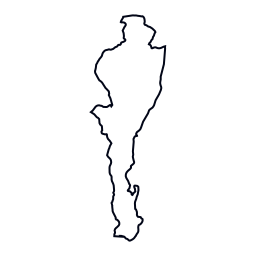 the Department of Cesar
{"feature_id": "COL-1414", "entity_name": "Cesar", "entity_type": "Department", "adm_level": 1, "iso_a3": "COL", "parent_name": "Colombia", "parent_adm1": "", "projection": "natural_earth1", "projection_center": [-73.578, 9.272], "detail": "fine", "context": "isolated", "style": "outline", "palette": "ink", "viewbox_px": 256, "rotation_deg": 0, "n_neighbors": 0, "source": "natural_earth", "source_scale": "10m", "svg_char_len": 4731}
<svg xmlns="http://www.w3.org/2000/svg" viewBox="0 0 256 256"><path d="M165.1,46.3L165.0,47.3L165.1,48.7L163.9,64.2L160.7,76.6L160.7,79.4L160.2,82.2L160.2,83.6L160.6,85.4L161.1,86.7L161.3,88.0L160.9,89.9L159.0,94.4L155.6,100.3L154.1,105.1L153.4,106.4L152.5,107.6L150.0,109.4L149.1,110.3L148.0,113.4L143.1,121.7L141.0,127.7L140.3,129.2L139.2,130.4L137.0,132.1L136.2,133.5L136.2,135.1L137.0,135.6L137.9,135.6L135.2,136.3L134.7,136.6L133.5,139.0L133.7,141.7L132.9,151.4L133.2,154.3L133.2,154.8L132.8,156.8L133.6,160.3L134.1,161.9L134.1,162.7L133.8,163.4L132.9,164.3L131.4,165.5L131.0,165.9L130.9,166.4L131.0,167.0L131.0,167.5L130.9,168.0L130.3,168.8L128.0,170.8L127.2,171.7L126.7,172.3L126.3,173.1L126.0,173.9L125.8,174.9L125.8,175.7L125.8,176.4L126.4,178.1L128.1,180.9L129.3,184.1L129.7,184.4L130.1,185.3L129.4,188.3L127.9,190.2L127.8,190.7L128.0,191.0L128.3,191.1L129.4,191.2L129.8,191.3L130.2,191.6L130.5,192.0L131.5,192.7L131.6,194.3L131.9,194.7L132.3,195.0L132.6,194.8L133.2,193.7L133.5,193.2L135.3,191.5L134.9,188.8L134.9,188.5L134.4,187.7L134.2,186.5L134.2,186.2L134.5,185.7L135.0,185.6L135.9,185.7L137.2,185.9L137.9,186.4L138.3,186.9L138.5,190.0L137.7,194.4L136.7,196.9L136.2,199.0L135.6,200.4L135.1,201.8L134.9,203.3L135.2,208.9L136.0,209.5L136.9,211.9L136.9,212.4L137.0,213.0L136.9,214.8L137.2,215.8L138.0,216.8L140.6,217.1L141.4,218.4L142.0,218.7L142.2,218.8L142.4,218.9L142.6,219.3L142.6,219.8L142.6,220.7L142.3,221.7L141.6,222.9L141.0,223.6L140.3,224.3L139.2,224.8L138.7,225.2L138.4,226.0L138.2,227.3L138.4,229.8L138.3,231.3L138.1,232.0L137.8,232.6L136.4,234.6L135.9,235.8L135.2,236.5L134.6,237.5L133.7,238.5L132.5,239.4L130.6,240.4L129.9,240.6L129.3,240.6L128.7,240.2L127.5,239.1L127.1,238.9L126.4,238.7L125.9,238.5L125.4,238.0L124.7,237.1L124.2,236.7L123.6,236.5L121.3,235.9L121.1,235.9L122.0,236.7L114.3,236.2L114.4,234.2L114.6,233.7L115.0,232.9L115.0,232.3L114.9,231.6L114.6,230.6L114.8,229.9L115.0,229.2L116.1,227.9L116.4,227.7L117.1,227.1L118.8,225.4L119.3,224.2L119.3,222.9L118.9,221.7L118.7,221.4L118.5,221.1L118.1,220.7L117.9,220.5L117.4,219.9L117.2,219.8L117.0,219.7L116.5,219.6L116.2,219.5L116.0,219.2L115.7,218.8L115.7,217.5L113.1,212.4L112.6,211.0L112.6,210.0L112.2,206.5L112.3,205.8L112.1,205.2L111.9,203.9L111.6,203.3L111.6,202.9L111.7,202.5L112.3,201.9L112.4,201.7L112.5,200.9L113.1,199.5L113.2,198.8L113.2,196.9L113.2,196.6L113.4,196.0L114.0,195.1L114.1,194.7L113.9,193.9L113.5,193.3L113.3,192.6L113.9,191.6L114.1,190.4L113.7,185.5L113.2,183.8L111.9,181.0L111.6,179.4L111.6,177.0L111.4,176.1L110.3,174.6L109.9,173.8L109.6,172.4L109.5,167.8L109.7,166.3L110.9,163.7L111.2,162.2L110.9,160.2L110.2,158.9L108.0,156.7L107.1,155.2L108.7,149.4L109.3,148.1L109.9,146.1L111.4,143.3L109.9,141.0L108.0,138.9L107.3,137.4L107.0,136.0L106.9,134.7L106.6,134.2L106.2,134.2L105.7,134.3L105.1,134.4L102.8,133.8L102.0,133.4L101.7,132.9L101.6,132.4L101.5,132.1L101.5,131.7L101.5,131.4L101.8,131.0L102.0,130.7L102.2,130.4L102.2,130.1L102.1,129.6L102.1,128.9L101.9,126.4L101.7,125.9L101.3,125.5L100.8,125.1L100.2,124.5L99.5,123.1L99.2,119.1L98.1,117.9L96.8,117.2L94.3,114.3L90.9,112.1L92.7,110.6L95.6,106.7L96.7,105.9L97.6,105.5L99.0,105.3L99.4,105.4L99.9,105.5L100.5,105.7L101.5,105.8L102.0,106.0L102.9,106.6L103.4,106.9L105.6,107.0L106.1,107.0L106.8,107.0L107.3,106.8L109.8,105.1L110.3,105.0L110.6,105.2L110.8,105.6L111.0,105.9L111.3,106.4L112.3,105.0L110.4,98.3L108.8,95.0L109.2,93.8L109.1,93.3L108.8,91.4L106.2,88.6L105.6,88.1L102.1,82.6L101.1,81.6L100.2,80.9L99.4,80.4L98.8,79.5L97.2,76.6L95.2,72.8L95.1,72.0L95.0,71.0L95.3,70.2L95.8,68.0L96.2,64.6L97.2,63.0L97.9,61.4L98.5,60.7L99.4,59.1L101.3,56.8L101.9,55.8L102.4,54.0L102.9,52.8L104.1,51.3L104.9,50.6L105.7,50.2L107.9,49.7L108.7,49.4L109.3,49.4L109.7,49.5L110.2,49.7L110.9,49.7L113.2,48.9L115.4,47.1L116.2,46.9L117.2,46.4L118.0,45.2L118.6,44.9L119.3,44.9L120.2,44.8L120.7,44.3L121.0,43.2L121.3,42.6L121.7,42.4L123.5,41.8L124.9,41.0L125.3,40.4L125.3,39.7L124.8,39.1L124.2,38.7L123.8,38.3L123.7,37.8L123.9,36.7L123.9,35.6L123.6,33.0L123.2,32.0L122.7,30.6L124.4,27.1L125.0,26.4L125.8,24.9L125.7,24.0L125.1,23.2L124.2,22.6L123.1,22.4L122.1,22.3L121.3,22.4L120.8,22.1L121.1,21.0L123.1,17.6L123.2,16.8L132.5,15.4L136.4,15.5L137.8,15.8L139.5,16.0L141.6,16.4L142.6,16.3L143.5,17.0L144.2,18.2L144.5,19.3L144.7,21.2L144.7,22.0L144.4,23.0L144.3,23.7L144.8,24.7L146.5,25.3L148.2,26.5L150.0,27.0L152.4,28.6L154.8,30.9L155.4,32.1L154.7,33.2L154.4,34.0L153.9,35.7L153.1,36.8L152.4,39.3L151.6,39.9L150.3,42.4L149.6,42.8L149.2,43.5L148.9,44.3L150.1,44.8L150.8,45.7L151.2,46.7L151.5,48.0L152.0,48.3L153.0,48.0L154.0,47.5L155.2,47.3L156.2,47.5L157.2,48.0L158.1,48.2L159.2,48.3L160.3,48.1L161.3,47.8L163.6,46.7L165.1,46.3L165.1,46.3Z" fill="none" stroke="#020617" stroke-width="2"/></svg>